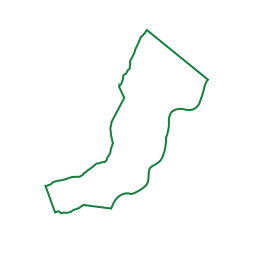 outline of En Leur Ba/Balca, Choiseul, Saint Lucia, rotated 14°
{"feature_id": "8701671B91249744249717", "entity_name": "En Leur Ba/Balca", "entity_type": "district", "adm_level": 2, "iso_a3": "LCA", "parent_name": "Saint Lucia", "parent_adm1": "Choiseul", "projection": "natural_earth1", "projection_center": [-61.02, 13.776], "detail": "fine", "context": "isolated", "style": "outline", "palette": "green", "viewbox_px": 256, "rotation_deg": 14, "n_neighbors": 0, "source": "geoboundaries", "source_scale": "gbopen_adm2", "svg_char_len": 2564}
<svg xmlns="http://www.w3.org/2000/svg" viewBox="0 0 256 256"><g transform="rotate(14 128 128)"><path d="M194.0,61.8L122.6,28.4L121.3,32.0L118.4,37.1L117.6,42.7L116.2,49.3L115.9,53.9L115.1,57.5L113.8,63.0L114.6,65.2L115.2,69.9L113.8,72.2L112.9,75.9L112.1,76.6L111.5,77.1L110.9,77.7L110.8,78.0L110.9,79.0L111.0,80.3L111.1,80.8L111.2,81.7L111.2,82.4L111.1,83.7L111.0,84.7L110.9,85.6L110.7,86.5L110.3,87.8L109.9,88.8L109.6,89.7L109.3,89.3L109.4,90.2L117.1,99.7L110.6,126.0L110.8,127.4L110.8,128.2L110.9,129.3L110.9,130.0L110.9,131.3L110.9,132.3L111.0,132.9L111.5,134.0L111.9,135.2L112.2,136.1L112.7,137.5L113.2,138.7L113.8,140.1L114.5,141.6L115.5,143.5L116.2,144.9L116.7,145.8L117.1,146.7L116.8,147.8L116.8,149.1L116.6,151.3L116.5,152.8L116.6,154.0L116.7,155.2L116.8,156.2L116.7,156.9L115.4,160.9L115.1,162.2L115.1,163.3L115.0,164.2L114.4,165.4L114.0,166.0L113.6,166.8L111.3,167.3L110.7,167.8L109.8,168.3L108.9,169.0L108.4,169.3L107.7,169.5L107.1,169.7L106.3,170.0L105.8,170.5L104.9,171.6L102.9,174.6L100.1,177.8L97.6,181.0L96.3,182.6L95.8,183.4L95.4,184.2L95.2,184.9L94.8,185.2L92.7,187.1L88.7,188.1L87.3,188.6L86.5,188.8L85.7,189.1L85.0,189.4L84.2,190.0L83.4,190.4L82.6,191.0L82.3,191.1L81.7,191.5L81.1,192.0L80.5,192.3L79.7,192.9L78.8,193.4L78.0,193.8L77.4,194.1L76.6,194.5L75.9,194.9L74.3,195.6L73.1,196.0L72.1,196.5L71.2,197.1L70.2,197.4L69.6,197.9L69.0,198.3L68.2,199.1L67.4,200.1L66.9,200.9L66.7,201.3L66.4,201.6L66.0,201.9L65.3,202.2L64.9,202.5L64.3,203.0L63.8,203.3L62.8,203.9L62.5,204.1L62.0,204.2L77.7,227.6L80.2,225.8L81.2,225.7L83.9,226.9L85.5,225.8L89.4,225.0L90.7,224.4L92.7,223.3L94.8,220.8L96.4,219.8L100.0,217.4L101.1,215.9L103.4,213.5L131.1,210.2L131.1,209.9L131.6,207.3L132.2,204.0L133.1,201.3L134.4,198.5L136.0,196.1L138.4,193.8L141.4,192.0L144.9,191.3L147.0,191.4L149.4,190.0L151.9,187.9L154.5,185.5L157.4,182.2L159.6,179.0L160.3,176.6L160.2,173.6L160.0,171.8L159.5,169.3L159.1,167.4L158.8,164.8L158.7,162.7L159.2,161.3L160.6,159.3L162.3,157.7L163.6,156.6L165.5,154.4L166.7,152.9L167.6,151.1L168.3,149.1L168.5,147.3L168.7,145.0L169.0,141.9L169.0,139.4L168.8,137.1L168.3,132.9L168.1,130.8L167.3,128.8L167.3,127.8L167.6,125.1L167.6,123.6L167.5,119.4L167.1,115.8L166.4,113.0L165.8,110.5L165.4,107.7L165.5,105.5L165.9,103.1L166.5,101.7L168.1,100.0L170.1,98.4L172.2,97.3L175.3,96.5L177.2,96.3L178.8,96.3L180.5,96.2L183.3,95.7L186.9,94.2L189.4,91.2L190.7,88.9L191.3,87.1L191.5,84.4L191.8,81.6L192.1,77.9L192.3,72.7L192.2,71.0L192.2,70.7L192.2,68.1L192.6,66.0L193.0,63.7L193.8,62.1L194.0,61.8Z" fill="none" stroke="#15803d" stroke-width="2"/></g></svg>